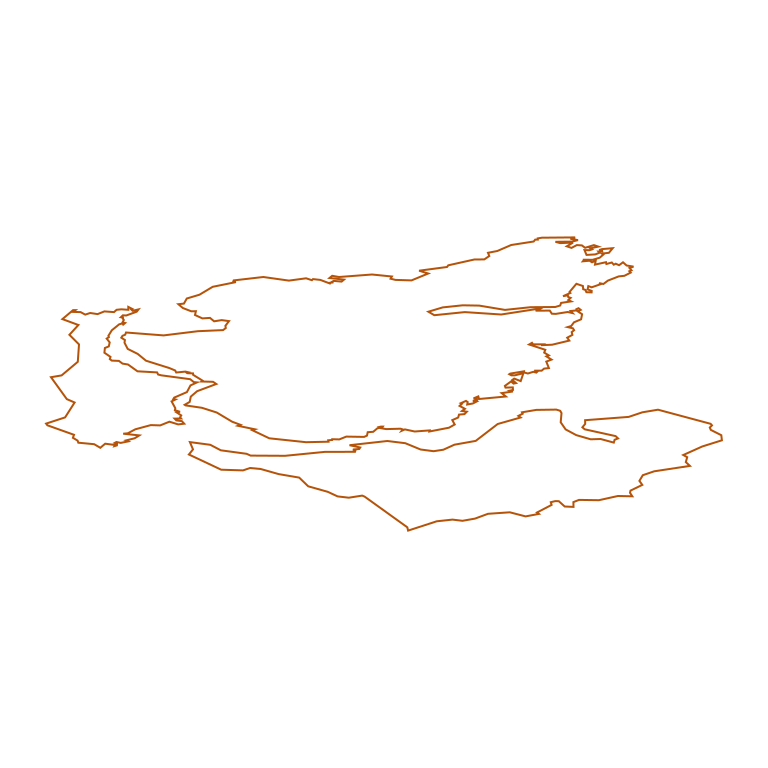 the district of Tjeldsund nor, Nordland, Norway, rotated 180°
{"feature_id": "86288312B94702681329617", "entity_name": "Tjeldsund nor", "entity_type": "district", "adm_level": 2, "iso_a3": "NOR", "parent_name": "Norway", "parent_adm1": "Nordland", "projection": "equal_earth", "projection_center": [16.297, 68.509], "detail": "fine", "context": "isolated", "style": "outline", "palette": "amber", "viewbox_px": 768, "rotation_deg": 180, "n_neighbors": 0, "source": "geoboundaries", "source_scale": "gbopen_adm2", "svg_char_len": 6157}
<svg xmlns="http://www.w3.org/2000/svg" viewBox="0 0 768 768"><g transform="rotate(180 384 384)"><path d="M498.7,329.7L462.0,325.8L439.5,326.3L439.8,327.7L435.1,328.1L436.7,328.8L428.7,328.6L421.7,331.4L403.9,331.1L401.0,332.4L400.3,335.8L394.8,336.2L390.5,339.8L386.7,340.3L388.4,341.1L387.1,341.4L385.2,341.4L386.4,339.7L381.9,338.9L367.5,339.3L365.3,338.6L366.3,337.2L363.1,338.6L353.3,336.5L338.3,337.6L338.6,336.5L319.0,340.3L313.3,343.5L315.7,347.9L309.8,350.5L309.0,353.4L303.5,353.9L301.2,356.3L306.0,357.0L303.1,359.2L308.4,362.1L306.1,364.2L307.2,364.8L302.0,367.1L300.3,365.9L300.8,363.5L295.2,364.5L291.5,366.4L295.1,367.1L291.0,368.1L291.3,369.7L294.5,369.6L289.7,371.6L289.0,369.0L262.1,371.5L266.3,374.9L255.1,376.5L257.9,377.4L255.0,378.1L255.2,380.6L262.5,380.4L263.1,382.1L256.9,386.6L254.5,384.4L252.0,384.9L255.6,388.1L253.8,389.4L247.3,386.9L244.6,394.8L253.1,392.7L256.7,392.7L258.7,393.8L257.8,394.4L244.0,396.7L244.1,395.6L240.1,394.5L234.7,396.2L231.7,395.4L230.5,396.5L233.8,397.3L226.4,397.3L223.9,399.4L219.1,399.9L221.7,406.4L216.5,408.4L221.6,411.6L219.2,412.6L223.8,415.4L222.7,418.2L238.9,423.5L236.0,425.2L235.0,423.7L225.3,423.7L226.9,422.8L215.8,423.3L198.7,427.4L200.8,430.3L195.6,433.1L196.3,435.9L193.9,437.8L195.1,439.7L200.3,440.9L196.8,442.0L194.0,445.7L186.9,448.7L185.9,453.8L190.3,456.7L187.3,458.1L189.5,459.8L191.6,458.8L191.2,457.6L197.3,457.0L195.4,454.9L200.3,456.0L212.3,454.1L216.2,454.3L218.2,457.4L232.4,457.3L228.2,459.1L229.4,459.3L266.8,453.5L303.2,455.9L333.7,452.8L339.6,456.3L325.3,460.6L305.3,462.7L288.8,462.4L263.0,458.1L237.4,460.8L212.8,461.0L207.8,462.5L206.9,465.1L196.9,466.6L199.7,468.0L197.4,470.1L199.8,471.0L200.2,472.7L205.0,471.8L197.7,475.0L198.5,476.0L191.6,484.2L185.1,482.0L184.8,478.8L182.6,478.1L181.6,475.8L176.4,475.6L176.3,477.1L180.4,478.6L179.7,481.9L176.3,480.7L167.4,483.8L168.9,484.9L164.6,484.0L160.1,487.4L149.3,491.6L143.6,492.2L137.3,495.4L138.6,496.8L136.5,497.7L138.5,500.0L134.5,501.4L141.4,502.5L145.0,505.7L148.9,502.8L152.3,504.3L154.2,503.3L156.2,505.5L161.6,504.0L162.0,505.8L173.0,503.4L172.3,507.3L176.0,505.7L178.4,507.3L185.1,506.7L184.0,508.1L185.2,508.3L175.4,508.2L168.3,510.3L164.7,513.4L166.1,514.4L159.1,515.2L155.3,519.8L166.0,518.9L168.9,517.9L166.1,518.3L165.8,516.6L169.5,516.5L168.4,515.3L172.7,513.6L181.5,513.1L183.5,517.9L178.6,517.8L176.0,518.6L177.6,519.7L169.7,521.4L174.1,522.9L182.9,520.2L186.1,522.6L191.2,522.9L196.5,520.1L201.2,521.7L195.0,525.4L207.9,524.9L212.6,526.2L196.0,526.4L190.0,527.9L197.6,529.2L192.8,530.6L226.1,530.3L230.3,529.6L230.2,528.4L232.8,528.4L234.3,526.5L256.8,523.0L270.7,517.0L280.0,515.2L278.7,512.0L283.7,508.6L293.7,508.5L319.7,502.7L321.0,501.0L348.9,497.3L339.8,494.5L356.5,487.6L372.5,488.1L377.4,489.3L376.1,491.5L396.0,493.5L429.0,491.0L435.8,492.2L438.5,490.0L424.0,488.4L426.4,486.4L434.3,487.1L436.1,486.1L434.6,485.6L438.3,485.2L437.3,484.2L447.7,488.1L455.0,488.9L456.1,487.8L461.9,489.7L479.1,487.4L504.7,491.0L534.3,487.6L534.8,486.3L532.1,485.9L555.3,481.2L568.5,473.3L581.2,469.5L584.1,464.4L589.6,463.8L585.2,460.0L576.7,456.7L572.1,456.8L573.0,453.0L565.6,449.6L558.0,450.1L553.9,446.7L546.3,447.9L539.0,446.9L542.6,442.2L542.2,440.0L544.9,437.9L570.1,436.8L604.4,432.6L642.0,435.5L642.8,433.3L645.5,432.2L646.7,430.3L643.1,428.0L643.5,425.3L640.3,419.1L630.3,414.1L622.0,407.3L598.5,399.9L592.8,397.5L591.8,395.5L582.6,396.4L580.4,395.9L581.6,395.5L580.7,394.8L575.0,394.6L574.9,393.2L565.5,387.4L566.5,386.5L555.0,386.2L551.7,384.0L570.9,376.8L577.2,371.4L578.3,366.1L583.3,363.2L582.4,362.6L566.1,360.2L551.3,355.5L535.9,346.3L527.6,343.2L530.0,342.2L513.1,338.7L515.7,337.8L498.7,329.7ZM578.1,325.9L575.0,318.6L579.1,313.5L546.8,298.3L525.0,297.6L518.0,300.0L507.3,299.0L489.3,293.9L468.8,290.4L459.8,281.7L440.3,276.2L430.4,271.6L419.2,270.3L405.8,272.4L403.4,271.4L360.7,240.7L359.9,237.4L331.3,246.7L315.5,248.4L305.5,247.2L293.0,249.4L280.0,254.2L258.2,255.7L242.4,251.6L229.1,254.1L231.0,255.5L216.4,263.1L217.2,265.8L212.7,266.9L209.2,266.8L203.3,261.5L194.5,261.1L194.6,265.9L189.0,268.1L169.1,267.8L150.1,272.0L135.7,271.7L138.0,275.2L137.5,277.4L125.7,283.1L128.6,287.1L125.2,292.8L113.8,296.7L78.1,302.1L82.2,305.9L80.8,310.8L84.7,313.0L65.8,321.5L46.1,327.7L46.7,332.8L57.2,338.1L58.2,340.5L56.0,342.6L57.4,344.2L110.0,358.3L125.6,355.7L139.3,351.1L182.9,347.8L182.8,344.1L185.6,340.7L183.3,338.7L152.4,331.9L150.0,329.6L153.4,328.2L154.2,325.4L167.4,329.0L177.3,328.7L191.8,332.9L202.4,338.6L207.3,345.7L206.5,354.9L207.8,357.2L211.7,358.4L231.7,358.1L246.0,355.7L245.3,354.3L249.6,352.1L247.4,350.5L270.3,344.0L292.3,327.1L313.6,323.3L324.6,318.3L334.4,316.8L347.4,318.5L362.7,324.8L380.7,327.0L418.5,322.8L407.8,320.5L408.8,319.0L415.1,318.5L412.6,317.5L413.0,316.2L443.4,316.1L482.9,312.2L517.4,312.4L521.4,314.2L547.2,317.7L557.7,323.2L578.1,325.9ZM721.9,344.4L720.6,342.7L694.0,333.2L695.1,330.2L690.4,327.4L689.7,325.3L673.8,323.8L667.7,320.2L662.8,324.3L652.9,323.0L653.5,321.9L651.1,322.6L651.0,324.2L653.2,325.1L651.6,326.0L647.3,325.1L639.8,326.6L641.9,327.6L633.4,329.7L628.7,332.6L644.8,334.3L640.2,334.7L632.7,338.7L617.2,342.9L607.8,342.6L598.6,346.3L589.8,343.6L583.8,344.3L586.2,346.9L591.7,347.6L593.4,349.4L586.9,349.5L587.9,350.7L586.8,352.6L591.4,355.6L588.0,356.2L593.1,357.8L592.7,359.8L596.4,366.6L592.6,368.5L594.7,368.9L593.8,370.4L581.1,375.9L577.5,382.6L571.0,385.6L574.2,385.9L577.8,388.8L606.9,392.7L609.9,393.5L610.9,395.6L630.5,396.7L640.0,403.5L645.5,404.4L649.1,407.1L656.2,407.4L658.2,408.9L657.5,411.1L663.6,415.3L663.1,420.0L659.2,421.6L658.3,425.6L661.3,429.4L659.1,430.9L659.6,432.2L656.2,437.7L648.8,443.7L645.5,444.6L644.8,443.4L642.9,445.0L645.5,445.6L644.2,448.0L645.6,450.0L644.3,450.5L647.1,450.8L645.1,452.7L641.8,452.5L631.3,456.3L629.5,458.6L635.4,457.2L636.8,458.6L635.8,459.1L639.7,461.1L639.7,458.2L646.6,458.7L651.4,458.2L654.0,455.9L663.6,456.6L670.4,453.9L677.8,455.0L682.8,453.4L687.4,455.9L694.6,456.1L692.5,457.9L694.9,457.9L705.6,448.9L689.6,443.0L698.6,433.2L689.0,423.6L690.2,406.2L706.4,392.6L717.0,390.8L701.2,368.9L693.4,365.5L702.9,350.6L721.9,344.4Z" fill="none" stroke="#b45309" stroke-width="2"/></g></svg>